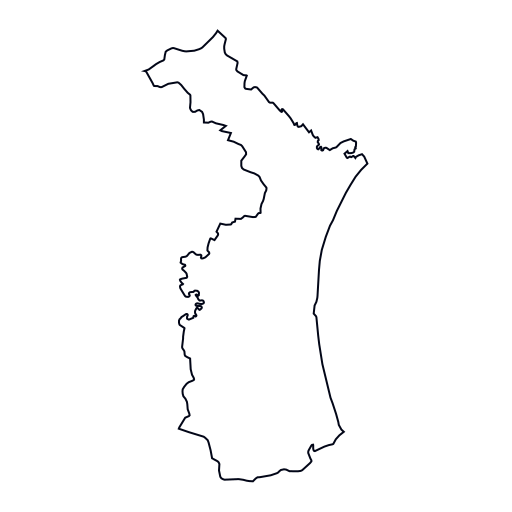 Dien Chau, Nghệ An, Vietnam
{"feature_id": "81297802B64936965881183", "entity_name": "Dien Chau", "entity_type": "district", "adm_level": 2, "iso_a3": "VNM", "parent_name": "Vietnam", "parent_adm1": "Nghệ An", "projection": "mercator", "projection_center": [105.563, 19.021], "detail": "fine", "context": "isolated", "style": "outline", "palette": "ink", "viewbox_px": 512, "rotation_deg": 0, "n_neighbors": 0, "source": "geoboundaries", "source_scale": "gbopen_adm2", "svg_char_len": 6057}
<svg xmlns="http://www.w3.org/2000/svg" viewBox="0 0 512 512"><path d="M367.4,163.6L364.2,156.6L362.0,154.2L358.7,155.3L356.8,156.4L355.9,156.9L355.4,158.0L353.6,156.0L353.1,156.0L351.4,157.1L351.0,157.1L350.2,156.6L349.6,156.7L347.5,158.0L346.8,157.7L344.5,153.7L347.5,151.1L348.3,153.1L351.2,153.1L352.8,152.7L353.6,152.3L354.2,151.7L354.5,149.4L355.1,148.8L355.7,148.5L355.8,148.1L355.2,147.2L355.9,146.3L356.1,142.8L355.8,141.6L353.3,140.7L350.8,139.0L343.7,141.4L340.5,143.0L336.5,147.1L335.8,147.5L332.7,148.3L329.8,150.1L326.5,147.9L325.8,147.7L324.2,148.0L323.7,148.7L323.1,150.2L322.5,150.5L321.9,150.5L321.3,150.1L321.4,147.7L321.3,147.2L321.0,146.8L320.4,146.9L318.4,149.3L317.8,149.2L317.3,148.8L316.9,148.1L316.9,146.7L317.3,146.0L319.0,144.6L318.8,143.7L317.7,142.1L317.9,140.9L318.7,140.1L318.5,138.9L317.5,137.2L315.4,137.8L313.7,136.3L312.8,135.0L311.1,130.5L309.0,132.3L303.0,124.3L301.3,126.2L298.7,126.9L297.8,126.5L297.3,125.4L296.9,123.0L296.5,123.1L294.8,125.0L294.3,124.9L293.5,123.0L290.6,118.3L288.9,116.1L283.3,109.7L282.8,109.2L282.1,109.1L281.8,109.4L281.6,109.7L282.1,111.5L281.7,111.9L281.3,111.8L279.8,110.5L273.5,103.2L272.8,102.7L270.1,102.7L269.0,102.1L264.4,95.6L262.4,93.7L257.4,87.9L256.8,87.4L255.2,87.1L254.1,87.2L253.2,87.7L251.1,89.5L245.8,88.8L245.1,88.4L244.4,87.1L244.5,83.2L244.8,81.2L246.8,75.6L246.5,75.4L243.4,75.1L237.4,71.4L236.3,70.0L236.2,69.2L237.6,62.9L237.3,61.4L227.1,55.5L225.7,54.2L224.8,52.5L224.2,48.7L224.2,46.3L224.6,44.2L225.9,39.1L225.7,38.2L217.6,30.7L216.1,33.1L212.9,37.1L202.3,47.5L200.9,48.4L199.1,49.2L194.3,50.7L186.4,51.4L184.9,51.3L182.3,50.8L174.1,48.2L173.0,48.0L171.4,48.4L167.3,50.4L165.7,51.7L164.9,55.1L164.3,59.4L163.9,59.9L163.4,60.4L159.7,62.0L156.1,64.1L148.7,69.5L144.6,71.0L145.6,71.2L146.4,72.0L152.6,83.1L153.8,85.7L154.2,86.0L157.6,86.1L159.7,87.0L161.0,87.2L161.9,87.0L168.3,83.8L177.3,82.3L178.6,82.7L181.2,85.0L184.2,88.8L187.7,92.8L189.7,94.4L190.2,94.9L190.4,95.5L190.5,102.3L190.0,107.6L190.2,108.6L191.1,110.4L192.6,111.8L193.3,111.9L195.1,111.8L197.3,110.5L199.3,110.0L202.1,111.9L203.1,114.2L203.9,119.6L203.9,122.5L208.4,122.7L210.3,121.8L211.9,121.5L215.9,123.3L223.3,125.0L225.8,125.9L220.3,130.3L221.9,131.1L230.9,133.0L228.0,140.2L233.7,141.7L238.4,144.0L241.0,145.0L242.2,146.2L246.0,152.2L246.1,154.3L244.7,156.3L241.3,160.7L241.3,165.9L242.0,168.0L243.7,169.5L250.5,172.2L254.3,173.4L258.3,175.6L259.6,177.0L261.0,180.5L263.6,184.2L266.4,187.6L266.5,188.6L266.2,190.5L264.9,193.0L263.7,199.0L263.0,201.1L261.5,204.0L261.3,204.9L260.5,208.5L260.6,212.8L260.3,213.0L258.7,213.1L258.0,213.7L255.8,216.8L255.1,217.0L252.9,217.1L245.0,215.8L244.2,216.1L242.8,217.5L240.9,218.9L235.5,218.7L235.0,221.6L232.2,222.5L231.2,224.2L230.8,224.5L225.9,224.8L220.3,223.6L216.5,231.7L218.0,233.4L218.1,234.6L217.8,235.4L214.5,240.1L210.9,238.4L210.5,238.4L210.2,238.8L208.6,243.3L207.6,247.3L207.4,250.4L207.7,250.9L209.1,252.3L209.3,253.4L209.1,253.9L205.4,257.3L203.4,258.2L202.0,258.5L201.3,258.3L200.9,257.5L201.4,255.9L201.2,255.2L200.5,254.7L198.0,254.9L196.6,254.7L195.8,254.3L193.5,252.2L192.5,251.8L191.8,251.8L189.4,253.0L187.1,255.8L186.4,256.3L185.5,256.7L182.1,257.2L181.4,257.7L181.1,258.3L181.0,259.6L181.1,260.7L180.6,262.6L182.5,264.1L185.0,264.8L185.3,265.5L185.2,266.0L182.6,267.5L182.2,268.3L182.2,268.9L182.7,269.7L184.0,270.7L186.1,272.9L186.6,273.8L187.2,276.8L186.6,277.8L182.3,278.6L180.2,279.3L179.9,279.8L180.3,280.9L181.5,282.6L183.0,284.0L182.7,284.4L181.5,284.8L180.5,285.3L180.0,286.2L180.2,287.9L180.8,289.1L184.9,295.8L185.6,296.5L186.2,296.7L187.8,296.9L188.5,296.8L189.3,296.3L189.7,295.7L189.6,295.1L188.9,293.9L189.0,293.2L189.4,292.7L189.9,292.3L190.9,292.1L193.5,291.9L194.4,290.8L195.0,290.6L197.2,290.8L198.0,291.3L198.7,292.1L199.0,292.9L198.8,295.3L198.3,295.7L197.9,295.6L196.6,294.5L196.1,294.6L195.7,294.9L195.8,295.3L197.6,297.6L198.3,299.2L199.4,300.4L199.8,300.6L201.9,300.3L202.8,300.5L203.4,301.0L203.8,301.9L203.9,302.7L203.5,303.3L202.6,303.8L201.6,304.0L199.8,303.9L197.5,303.3L196.5,303.5L195.8,304.0L195.5,304.9L196.0,305.6L196.4,305.8L200.8,306.1L201.4,306.5L201.8,307.5L201.7,308.0L201.3,308.6L199.7,309.9L199.2,309.7L197.3,307.7L196.9,307.8L196.4,308.3L195.2,310.6L195.0,311.9L195.1,313.1L196.3,315.1L196.4,315.7L196.1,316.2L195.6,316.5L194.4,315.8L193.9,315.9L193.5,316.3L193.3,317.8L188.9,319.6L187.3,318.9L187.0,318.3L187.1,316.5L187.6,315.7L187.7,315.0L187.6,314.5L187.0,314.0L186.4,314.0L185.8,314.2L182.3,316.6L181.6,316.9L180.6,318.3L179.6,319.2L179.0,320.6L179.0,322.8L179.4,324.3L179.7,324.9L184.4,328.0L184.5,328.2L183.8,331.5L183.1,336.7L183.1,338.4L182.1,346.9L182.2,347.7L182.6,348.6L183.9,350.4L184.4,351.4L184.7,354.8L185.2,355.9L187.3,357.2L190.1,358.5L190.7,369.3L192.0,374.7L193.7,377.8L194.1,379.2L193.8,380.0L192.3,380.8L188.7,382.2L186.6,383.8L184.2,386.8L182.7,389.3L182.5,391.3L182.7,393.8L183.4,396.3L185.4,398.7L186.9,401.8L187.3,404.2L187.7,409.3L189.3,413.6L189.6,415.3L188.9,416.1L185.2,417.7L179.3,427.4L178.8,428.7L188.7,432.1L203.7,436.7L205.2,437.8L207.7,440.2L208.6,442.6L210.6,450.3L212.1,458.3L217.6,461.3L218.7,462.4L219.4,464.1L219.0,470.5L220.3,476.8L221.4,478.3L222.8,479.1L224.4,479.7L238.6,479.1L243.3,479.8L246.7,480.7L249.4,481.1L252.9,481.3L255.7,478.5L257.5,477.3L259.8,477.2L270.7,475.3L276.9,473.2L278.0,472.6L279.6,471.0L280.9,470.0L284.0,469.3L286.2,469.6L289.5,471.2L297.8,471.3L300.7,470.9L302.2,470.2L310.0,463.1L311.4,461.4L311.4,460.4L310.3,458.3L308.2,452.9L308.3,451.2L309.0,449.7L311.4,445.5L312.0,444.9L313.1,444.7L313.2,445.1L313.2,448.7L313.6,450.2L314.2,451.0L314.9,451.1L324.4,446.6L328.8,445.1L332.5,444.3L333.3,443.9L335.8,439.3L339.4,435.3L343.8,431.8L341.4,429.6L338.8,424.9L338.3,422.0L336.1,414.0L332.6,403.3L330.5,397.7L322.4,364.2L319.2,344.1L318.2,335.7L316.4,317.2L316.0,316.2L313.7,313.6L314.6,305.5L316.4,301.8L317.3,297.9L317.5,296.0L319.0,269.8L319.8,260.9L321.8,249.9L325.8,236.8L330.0,225.7L333.0,220.2L336.8,211.0L345.9,192.8L350.5,184.9L355.6,176.7L361.2,169.8L367.4,163.6Z" fill="none" stroke="#020617" stroke-width="2"/></svg>